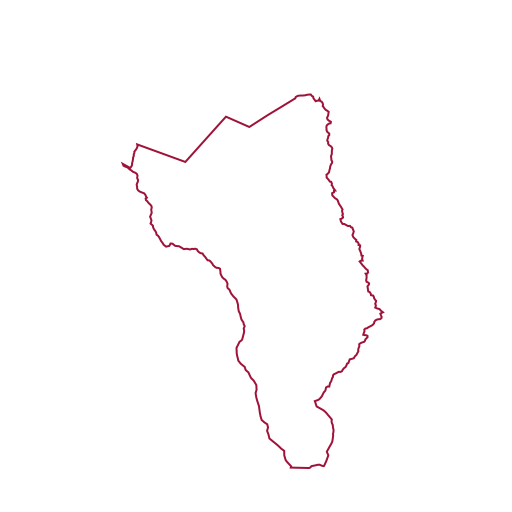 Arame, Maranhão, Brazil (Mercator projection), rotated 299°
{"feature_id": "56859067B58092431087788", "entity_name": "Arame", "entity_type": "district", "adm_level": 2, "iso_a3": "BRA", "parent_name": "Brazil", "parent_adm1": "Maranhão", "projection": "mercator", "projection_center": [-45.954, -4.991], "detail": "fine", "context": "isolated", "style": "outline", "palette": "rose", "viewbox_px": 512, "rotation_deg": 299, "n_neighbors": 0, "source": "geoboundaries", "source_scale": "gbopen_adm2", "svg_char_len": 5881}
<svg xmlns="http://www.w3.org/2000/svg" viewBox="0 0 512 512"><g transform="rotate(299 256 256)"><path d="M96.3,405.2L97.3,406.0L99.1,406.4L100.3,407.8L101.2,408.9L102.1,409.9L103.3,411.2L104.3,412.8L104.4,414.3L104.6,415.8L105.2,417.2L106.9,417.2L109.2,417.0L111.3,416.8L116.7,415.9L119.2,412.8L122.5,412.8L125.5,412.8L127.6,412.9L130.7,412.7L136.3,410.6L137.5,409.7L139.7,409.0L141.4,408.2L143.1,406.7L144.2,405.9L145.4,405.1L146.7,403.3L148.3,402.1L149.7,401.6L151.0,398.4L151.7,396.4L152.6,394.3L153.3,392.1L153.7,390.2L153.8,388.2L153.8,386.9L153.8,385.2L153.8,383.6L153.8,382.0L155.1,380.5L156.3,379.3L157.6,377.8L160.3,380.2L161.7,380.9L163.6,381.3L165.3,381.6L167.3,381.5L169.6,381.4L171.7,381.9L173.2,381.6L174.9,381.0L176.6,381.9L177.3,383.4L179.2,382.8L181.0,382.3L182.8,382.5L184.8,382.1L186.0,381.8L187.5,381.9L189.1,381.2L190.6,381.6L191.7,382.5L193.4,383.6L194.8,384.5L195.5,386.0L196.8,387.0L198.7,387.0L200.4,387.3L202.5,388.2L204.5,388.1L206.0,387.8L207.1,388.7L209.4,388.3L211.1,388.1L212.6,389.8L214.0,391.1L216.1,391.1L218.3,391.8L220.6,391.7L222.4,391.7L223.4,390.9L224.9,390.4L227.1,390.2L228.9,389.0L230.5,389.7L232.0,390.9L233.4,392.2L234.7,392.4L236.2,392.1L237.5,392.5L239.1,392.9L240.2,392.2L240.1,390.7L239.5,389.4L239.1,388.0L241.0,387.6L242.5,387.5L244.2,386.4L245.5,386.8L246.6,388.1L247.9,388.7L249.1,389.5L250.5,390.4L251.7,391.2L253.1,391.7L254.3,391.9L255.8,391.4L257.7,391.7L259.5,393.0L260.9,395.1L262.4,395.8L263.7,395.4L264.6,394.1L265.9,392.7L267.3,393.6L268.3,394.3L268.7,391.8L269.5,389.7L268.9,387.7L268.7,385.3L270.8,384.9L272.0,383.4L273.4,383.3L275.0,382.8L275.5,381.4L276.2,379.9L277.2,379.1L278.2,377.7L277.5,375.6L278.7,374.6L279.6,372.9L279.4,371.4L280.8,370.3L282.0,369.4L283.5,368.2L285.8,368.6L286.9,368.2L287.2,366.7L287.1,365.1L288.2,364.1L290.5,363.3L292.7,362.1L293.7,360.5L294.7,361.9L296.1,361.9L297.8,360.5L297.9,359.2L298.2,357.9L299.1,355.5L299.5,353.9L300.5,351.6L301.5,349.3L302.7,350.0L303.7,351.5L304.9,350.2L306.5,349.6L307.9,349.3L307.5,348.0L309.1,346.8L310.1,345.7L310.9,344.7L312.2,343.0L314.7,342.5L315.8,341.9L315.3,340.4L316.5,339.9L317.5,338.1L317.3,336.5L318.7,335.9L318.9,334.6L319.3,333.1L319.8,331.8L321.1,330.2L322.6,330.1L324.9,329.6L326.1,328.1L327.5,326.5L327.2,325.2L327.9,323.6L326.8,321.9L326.8,319.9L326.8,317.6L326.0,316.1L326.8,314.7L327.4,313.5L329.2,311.9L330.2,312.8L331.8,313.5L332.8,312.7L333.4,311.7L334.8,311.7L335.8,310.6L337.3,309.3L338.7,309.1L339.3,308.0L340.3,306.3L341.2,304.5L341.8,303.3L343.0,301.9L344.2,300.6L344.8,299.2L344.9,296.9L345.4,295.4L346.0,293.4L347.8,292.1L349.5,293.3L350.9,292.6L351.6,293.6L352.6,291.5L353.2,290.2L354.2,289.1L354.6,287.8L356.0,287.4L357.3,285.8L356.9,284.6L357.7,282.9L358.4,281.2L358.8,279.8L360.2,279.0L361.3,278.2L362.5,278.8L364.5,279.3L366.8,278.6L368.6,278.2L370.3,277.5L372.5,277.2L374.0,277.4L375.4,277.0L376.5,275.4L377.8,274.6L379.7,273.2L381.8,272.9L383.6,272.0L385.3,271.1L387.0,270.7L388.0,269.2L388.3,268.0L388.4,266.0L389.2,264.6L390.7,263.9L391.4,262.4L392.6,262.0L394.4,261.7L395.9,261.1L397.1,261.5L398.6,260.7L399.1,258.2L400.3,256.6L401.5,256.0L402.6,255.2L403.7,254.7L405.1,254.7L407.0,255.5L408.2,256.9L409.7,256.4L409.7,254.3L410.1,252.4L411.3,251.1L412.6,251.1L414.4,250.8L415.8,250.2L417.3,249.7L417.6,247.9L417.6,246.3L418.1,244.6L418.9,243.2L419.4,241.7L420.8,241.3L421.9,240.3L422.8,238.6L422.7,237.0L424.2,235.3L422.3,235.4L421.4,234.1L420.3,233.1L420.9,231.8L421.8,229.8L423.1,228.7L423.1,227.1L423.8,225.6L423.0,224.3L422.3,223.2L421.4,222.1L420.3,221.0L418.9,218.9L417.8,216.9L416.3,214.9L414.4,213.7L412.8,213.9L411.7,213.2L408.1,211.2L397.9,205.4L384.8,197.9L365.6,187.6L363.3,162.2L357.4,160.8L304.0,148.6L296.0,98.0L294.6,99.2L292.4,99.5L290.6,99.4L288.3,99.0L287.1,99.7L285.3,99.9L284.3,100.6L282.4,100.8L280.8,101.6L278.6,102.3L276.9,102.7L275.7,103.4L274.2,103.6L272.0,103.3L272.0,94.8L270.7,96.4L270.8,98.4L271.2,100.8L270.8,102.3L270.5,103.6L270.4,105.5L270.0,107.4L270.3,110.2L270.1,111.8L269.0,113.3L266.5,114.3L265.3,116.0L263.8,116.6L261.9,116.8L260.6,117.0L259.0,118.4L257.7,119.1L256.8,120.0L256.2,121.4L256.0,123.1L256.2,125.1L256.6,127.9L255.6,130.0L254.6,131.1L254.1,132.3L252.8,131.6L251.5,132.7L251.2,134.4L250.4,136.0L249.7,138.6L249.2,140.1L247.9,141.3L245.7,141.9L244.2,143.1L243.1,143.9L241.3,144.1L239.1,144.3L236.5,147.3L234.8,147.8L233.2,148.1L232.9,149.7L232.5,151.2L231.2,152.1L229.9,153.9L228.9,156.1L227.9,157.5L226.4,158.7L226.3,160.2L225.8,161.5L225.0,162.9L223.0,165.9L221.9,168.5L221.1,169.6L220.8,171.5L220.6,172.8L222.8,175.3L225.5,175.2L226.3,177.0L225.7,180.4L226.2,181.7L227.2,183.9L227.2,186.0L227.0,189.5L228.8,192.0L229.3,193.6L229.7,195.1L231.3,196.6L231.9,198.2L232.8,199.1L233.2,201.0L232.1,202.7L231.7,204.3L231.6,205.6L231.8,206.9L232.3,208.1L231.3,209.7L230.5,212.1L229.5,214.1L228.8,215.8L229.4,217.1L229.3,218.5L228.6,220.3L228.0,221.7L227.2,222.9L226.8,224.5L226.5,226.0L226.6,227.4L227.4,229.0L227.4,230.7L225.2,232.4L223.4,233.5L222.1,235.2L221.1,236.7L220.5,238.9L220.4,240.6L219.8,242.0L218.8,243.5L218.0,244.5L215.5,245.5L214.2,246.7L213.7,249.0L212.7,250.4L211.1,252.4L210.5,254.0L209.9,255.3L209.3,257.1L208.9,258.8L208.3,260.2L205.3,263.3L204.2,264.2L202.5,265.2L199.3,267.7L197.8,270.0L195.3,272.2L193.4,274.1L191.8,277.2L190.3,278.4L189.2,280.1L186.6,280.4L184.9,281.9L182.9,282.7L178.2,283.9L176.2,284.4L174.9,284.1L173.0,283.2L166.2,283.5L161.4,286.4L158.9,288.5L157.8,289.6L155.9,291.3L154.4,294.9L153.5,299.9L151.3,302.2L151.0,303.5L150.5,305.8L147.0,310.6L145.9,314.4L144.4,317.0L143.2,318.9L139.4,321.3L135.9,322.1L132.6,324.7L130.3,326.9L126.1,331.4L121.5,334.8L118.1,337.6L115.3,340.5L114.5,344.3L114.3,347.4L111.9,349.6L108.4,350.5L105.8,353.6L102.9,356.2L102.1,360.5L101.1,366.2L100.1,370.2L99.7,371.4L99.3,375.1L95.3,377.4L91.8,381.0L90.9,383.2L89.1,388.7L87.8,389.0L96.3,405.2Z" fill="none" stroke="#9f1239" stroke-width="2"/></g></svg>